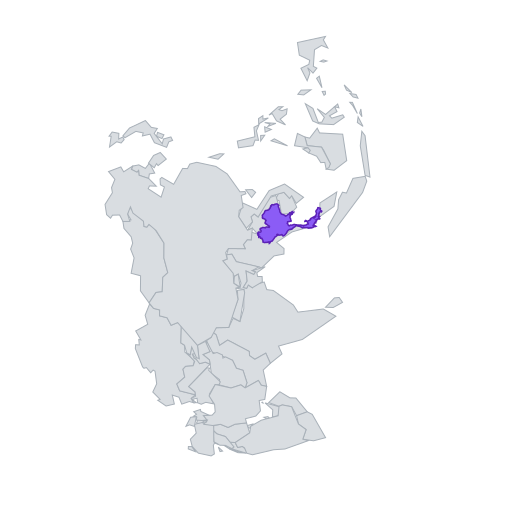 Asia, with Thailand highlighted, rotated 254°
{"feature_id": "THA", "entity_name": "Thailand", "entity_type": "country or territory", "adm_level": 0, "iso_a3": "THA", "parent_name": "Asia", "parent_adm1": "", "projection": "orthographic", "projection_center": [100.709, 13.031], "detail": "fine", "context": "in_parent", "style": "filled", "palette": "violet", "viewbox_px": 512, "rotation_deg": 254, "n_neighbors": 45, "source": "natural_earth", "source_scale": "50m", "svg_char_len": 18483}
<svg xmlns="http://www.w3.org/2000/svg" viewBox="0 0 512 512"><g transform="rotate(254 256 256)"><path d="M239.2,140.5L233.9,143.1L230.7,148.5L225.1,146.8L221.1,153.5L212.8,155.3L213.6,162.3L210.8,165.4L193.2,159.8L189.9,162.7L183.3,161.1L172.6,168.1L167.8,165.3L169.3,157.9L167.3,154.6L159.2,154.1L154.8,144.6L147.4,145.5L139.3,159.4L137.0,154.5L132.1,155.7L134.5,151.8L134.1,143.8L141.5,143.0L145.4,137.2L136.2,136.7L136.6,128.2L144.4,121.8L144.6,124.3L153.7,119.3L160.5,125.3L173.1,127.2L174.7,125.7L172.8,122.6L178.9,119.9L179.0,117.3L180.7,116.4L200.3,114.5L203.9,115.8L202.7,119.3L208.1,120.3L207.0,122.2L217.1,119.7L220.2,133.1L229.6,133.1L239.2,140.5Z" fill="#d9dde1" stroke="#a8b0b8" stroke-width="1"/><path d="M139.3,159.4L147.4,145.5L154.8,144.6L159.2,154.1L167.3,154.6L169.3,157.9L167.8,165.3L171.5,168.0L182.0,162.7L179.2,165.5L186.3,169.1L181.3,171.5L177.8,170.7L179.1,167.8L174.8,168.2L170.5,172.6L168.1,172.1L167.9,178.1L164.7,182.0L149.0,155.3L142.1,160.0L139.3,159.4Z" fill="#d9dde1" stroke="#a8b0b8" stroke-width="1"/><path d="M449.8,354.7L447.9,383.3L445.2,380.3L436.1,382.4L440.3,377.0L438.2,369.1L422.5,363.4L419.8,366.3L416.1,361.2L422.8,357.5L417.1,358.3L410.4,353.5L424.1,350.9L425.6,359.6L429.4,361.6L437.1,353.0L449.8,354.7ZM386.3,391.1L383.7,396.7L379.6,397.5L382.1,393.2L386.3,391.1ZM423.9,377.9L423.7,374.6L425.4,371.4L426.0,374.6L423.9,377.9ZM356.9,335.8L354.5,340.1L362.0,350.1L356.8,351.0L349.2,372.9L322.7,369.5L316.9,354.7L320.2,347.4L324.1,352.9L338.9,350.2L342.6,349.0L348.0,335.6L356.9,335.8ZM399.6,365.8L410.1,363.2L411.4,366.4L399.6,365.8ZM395.3,368.0L392.5,367.5L391.7,365.7L395.9,365.0L395.3,368.0ZM399.9,340.8L403.0,345.1L400.6,354.6L397.7,346.3L399.9,340.8ZM370.2,347.7L388.8,345.4L382.2,351.4L367.2,352.7L366.5,356.2L370.4,359.9L380.7,355.4L372.9,361.9L379.6,376.4L375.6,376.5L377.8,372.7L372.5,373.7L370.5,365.3L367.6,366.9L367.8,378.3L365.1,379.1L360.9,366.8L365.6,353.2L370.2,347.7ZM368.4,397.3L360.7,396.2L364.8,395.0L368.4,397.3ZM365.0,392.7L374.0,390.4L377.9,388.5L377.1,391.0L365.0,392.7ZM356.4,390.2L361.6,392.5L351.1,394.6L356.4,390.2ZM303.5,383.1L333.2,386.6L346.7,392.1L341.6,394.0L300.4,387.3L303.5,383.1ZM291.6,360.3L303.9,370.6L302.5,382.9L297.4,383.1L287.7,376.0L254.2,332.1L264.2,333.3L278.7,347.7L287.3,350.9L293.5,356.7L291.6,360.3Z" fill="#d9dde1" stroke="#a8b0b8" stroke-width="1"/><path d="M386.7,393.2L390.5,388.7L396.2,387.9L386.7,393.2Z" fill="#d9dde1" stroke="#a8b0b8" stroke-width="1"/><path d="M79.0,177.5L74.4,182.5L69.3,192.1L71.9,184.5L77.4,177.7L79.0,177.5Z" fill="#d9dde1" stroke="#a8b0b8" stroke-width="1"/><path d="M82.4,174.4L77.4,177.7L83.1,172.7L82.4,174.4Z" fill="#d9dde1" stroke="#a8b0b8" stroke-width="1"/><path d="M76.5,180.8L73.2,184.5L76.2,180.0L76.5,180.8Z" fill="#d9dde1" stroke="#a8b0b8" stroke-width="1"/><path d="M76.5,180.8L84.3,179.4L82.4,184.6L77.0,185.6L76.7,190.4L70.6,194.3L69.3,192.1L76.5,180.8Z" fill="#d9dde1" stroke="#a8b0b8" stroke-width="1"/><path d="M96.8,227.4L103.5,229.7L112.3,224.2L104.3,237.5L96.3,233.2L96.8,227.4Z" fill="#d9dde1" stroke="#a8b0b8" stroke-width="1"/><path d="M95.5,224.7L96.4,221.4L98.8,219.1L98.3,223.2L95.5,224.7Z" fill="#d9dde1" stroke="#a8b0b8" stroke-width="1"/><path d="M95.4,199.4L95.4,206.6L91.9,202.9L95.4,199.4Z" fill="#d9dde1" stroke="#a8b0b8" stroke-width="1"/><path d="M82.4,184.6L84.3,179.4L90.8,176.9L95.8,169.4L101.1,166.4L104.6,168.6L104.0,175.5L98.9,181.9L100.1,189.4L98.2,200.9L87.7,201.2L82.4,184.6Z" fill="#d9dde1" stroke="#a8b0b8" stroke-width="1"/><path d="M105.2,236.7L111.6,227.8L118.9,241.5L110.3,249.5L108.5,255.2L92.1,262.3L91.3,251.0L101.3,248.7L105.6,240.2L105.2,236.7ZM113.8,221.8L112.2,222.6L113.6,221.3L113.8,221.8Z" fill="#d9dde1" stroke="#a8b0b8" stroke-width="1"/><path d="M287.5,301.5L289.2,292.1L302.9,293.4L304.8,290.2L309.9,294.9L309.5,300.4L302.1,304.1L304.1,306.9L291.7,308.6L287.5,301.5Z" fill="#d9dde1" stroke="#a8b0b8" stroke-width="1"/><path d="M308.8,291.8L299.2,291.7L300.7,285.7L293.3,273.5L280.6,277.0L281.5,268.0L276.5,263.6L283.8,260.2L283.1,255.0L289.8,262.0L295.1,262.0L296.9,265.9L292.9,268.8L308.3,284.0L308.8,291.8Z" fill="#d9dde1" stroke="#a8b0b8" stroke-width="1"/><path d="M276.5,263.6L268.4,266.8L264.5,272.6L271.1,283.1L267.8,287.9L274.0,302.9L269.3,311.9L269.2,297.2L263.4,279.5L255.4,285.0L250.2,283.4L251.1,273.4L243.1,258.2L256.0,235.5L264.4,233.3L265.3,228.1L270.8,231.5L266.0,247.7L270.4,247.0L274.1,252.1L272.8,255.9L280.9,257.1L276.5,263.6Z" fill="#d9dde1" stroke="#a8b0b8" stroke-width="1"/><path d="M295.5,309.2L304.1,306.9L302.1,304.1L309.5,300.4L309.5,287.2L292.9,268.8L296.9,265.9L295.1,262.0L289.8,262.0L285.3,254.3L298.6,250.1L310.5,258.0L300.6,269.7L315.3,286.7L317.3,303.3L299.3,317.9L295.5,309.2Z" fill="#d9dde1" stroke="#a8b0b8" stroke-width="1"/><path d="M376.4,162.1L375.9,168.5L370.7,173.8L374.7,179.2L363.6,181.5L364.3,176.1L360.1,174.2L361.9,171.4L365.9,165.8L370.5,166.7L369.3,164.7L373.6,160.1L376.4,162.1Z" fill="#d9dde1" stroke="#a8b0b8" stroke-width="1"/><path d="M368.9,182.5L374.9,178.2L380.9,185.3L381.9,192.5L373.9,196.5L369.9,186.8L372.2,185.8L368.9,182.5Z" fill="#d9dde1" stroke="#a8b0b8" stroke-width="1"/><path d="M240.4,140.3L254.4,135.3L268.8,139.6L273.8,131.2L287.8,138.3L297.2,137.4L302.3,141.0L308.9,141.3L318.9,136.7L325.9,137.6L325.2,145.8L331.7,144.1L337.9,147.5L320.5,157.4L315.2,156.5L313.9,159.1L315.9,161.8L311.7,165.5L293.7,171.1L279.5,166.9L264.3,166.6L261.2,160.5L247.5,156.0L248.5,149.8L240.4,140.3Z" fill="#d9dde1" stroke="#a8b0b8" stroke-width="1"/><path d="M265.3,228.1L264.4,233.3L256.0,235.5L244.8,255.7L243.0,248.4L241.0,251.3L238.8,248.8L244.3,242.3L234.3,240.6L229.3,235.1L227.5,238.1L230.3,240.6L226.5,243.7L228.9,245.1L228.7,256.7L220.7,257.1L218.1,263.1L198.6,278.4L190.5,280.8L186.5,306.1L176.1,316.2L163.0,277.6L163.2,252.8L154.7,254.0L148.9,240.2L159.9,238.6L157.0,226.4L162.0,222.3L166.1,223.2L183.0,205.6L180.1,196.3L191.2,196.0L195.4,192.8L198.0,198.1L194.8,210.1L202.4,216.7L197.5,222.5L208.8,229.8L227.2,235.1L230.7,227.8L230.6,232.2L234.1,234.1L243.5,233.9L242.4,229.7L260.6,222.7L261.0,227.4L265.3,228.1Z" fill="#d9dde1" stroke="#a8b0b8" stroke-width="1"/><path d="M243.0,248.4L243.2,261.9L239.7,252.2L235.9,251.9L234.6,256.2L229.5,255.0L226.5,243.7L230.3,240.6L227.5,238.1L229.3,235.1L234.3,240.6L244.3,242.3L238.8,248.8L241.0,251.3L243.0,248.4Z" fill="#d9dde1" stroke="#a8b0b8" stroke-width="1"/><path d="M242.4,229.7L243.5,233.9L230.6,232.2L235.9,227.1L242.4,229.7Z" fill="#d9dde1" stroke="#a8b0b8" stroke-width="1"/><path d="M228.1,228.6L227.2,235.1L223.9,235.0L197.5,222.5L204.2,215.8L219.2,226.7L228.1,228.6Z" fill="#d9dde1" stroke="#a8b0b8" stroke-width="1"/><path d="M195.4,192.8L191.2,196.0L180.1,196.3L183.0,205.6L166.1,223.2L162.0,222.3L157.0,226.4L159.9,238.6L148.9,240.2L144.4,231.5L127.7,230.3L130.4,225.4L135.7,224.0L132.2,209.2L136.7,212.4L149.7,212.0L153.5,206.2L162.2,204.7L176.5,186.4L188.2,185.0L190.2,190.6L195.4,192.8Z" fill="#d9dde1" stroke="#a8b0b8" stroke-width="1"/><path d="M155.3,180.7L168.9,182.6L175.9,177.8L176.8,185.4L182.4,182.8L188.2,185.0L174.0,187.9L174.0,191.9L170.1,196.5L167.0,196.0L167.4,199.0L162.2,204.7L153.5,206.2L149.7,212.0L136.7,212.4L132.2,209.2L136.3,205.9L136.0,195.6L142.4,184.9L147.2,186.9L155.3,180.7Z" fill="#d9dde1" stroke="#a8b0b8" stroke-width="1"/><path d="M164.7,182.0L167.9,178.1L168.1,172.1L179.1,167.8L179.1,170.8L173.3,173.0L186.3,175.1L187.9,183.8L176.8,185.4L175.9,177.8L168.9,182.6L164.7,182.0Z" fill="#d9dde1" stroke="#a8b0b8" stroke-width="1"/><path d="M182.0,162.7L189.9,162.7L193.2,159.8L210.8,165.4L186.3,175.1L173.3,173.0L174.5,170.8L186.3,169.1L179.2,165.5L182.0,162.7Z" fill="#d9dde1" stroke="#a8b0b8" stroke-width="1"/><path d="M132.1,155.7L137.0,154.5L137.9,159.3L142.1,160.0L149.0,155.3L162.1,178.1L161.0,180.5L159.2,179.0L144.8,187.0L142.4,184.9L143.7,181.4L136.1,173.1L125.6,174.4L129.2,167.4L128.6,162.5L131.0,159.4L135.5,160.1L135.7,155.1L131.4,158.3L132.1,155.7Z" fill="#d9dde1" stroke="#a8b0b8" stroke-width="1"/><path d="M98.2,200.9L100.1,189.4L98.9,181.9L104.0,175.5L105.3,165.1L108.6,159.4L111.1,163.4L117.1,161.4L115.1,170.0L117.4,173.8L124.9,175.3L134.4,172.3L143.7,181.4L136.0,195.6L136.3,205.9L132.2,209.2L135.7,224.0L130.4,225.4L127.7,230.3L115.7,224.9L116.2,219.2L105.9,217.6L102.2,211.7L102.5,201.0L98.2,200.9Z" fill="#d9dde1" stroke="#a8b0b8" stroke-width="1"/><path d="M77.5,179.7L82.4,174.4L84.1,169.1L88.9,164.2L99.9,166.7L95.8,169.4L90.8,176.9L78.5,182.2L77.5,179.7Z" fill="#d9dde1" stroke="#a8b0b8" stroke-width="1"/><path d="M111.9,163.6L109.8,156.0L111.8,152.8L114.9,155.1L111.9,163.6Z" fill="#d9dde1" stroke="#a8b0b8" stroke-width="1"/><path d="M104.6,168.6L88.9,164.2L85.5,167.7L87.6,164.5L85.7,162.8L77.2,161.4L76.2,157.8L82.4,146.2L90.6,142.2L98.0,142.4L102.2,149.7L111.2,150.3L110.7,158.8L108.6,159.4L104.6,168.6ZM89.2,137.7L91.5,138.5L90.5,141.7L84.5,143.9L89.2,137.7Z" fill="#d9dde1" stroke="#a8b0b8" stroke-width="1"/><path d="M194.1,319.8L193.2,324.5L187.6,326.4L185.2,316.0L187.6,308.7L194.1,319.8Z" fill="#d9dde1" stroke="#a8b0b8" stroke-width="1"/><path d="M317.3,273.2L313.4,267.9L322.5,264.3L320.9,270.8L317.3,273.2ZM186.3,175.1L213.6,162.3L212.8,155.3L221.1,153.5L225.1,146.8L230.7,148.5L233.9,143.1L240.4,140.3L248.5,149.8L247.5,156.0L261.2,160.5L264.3,166.6L279.5,166.9L293.7,171.1L308.0,167.0L315.9,161.8L313.9,159.1L315.2,156.5L320.5,157.4L331.2,149.5L337.9,148.9L331.7,144.1L324.0,144.3L325.9,137.6L333.0,136.2L334.8,129.3L332.4,126.6L336.9,123.8L347.2,125.1L356.4,135.4L361.6,136.0L368.6,141.5L377.8,137.5L378.9,150.6L373.4,152.0L376.4,162.1L373.6,160.1L369.3,164.7L370.5,166.7L365.9,165.8L360.1,174.2L350.6,179.4L352.7,172.9L350.4,170.9L338.7,181.0L347.6,187.0L350.8,183.7L356.5,185.0L357.5,187.1L347.6,196.6L360.4,209.6L358.9,214.2L362.6,217.7L362.4,224.9L353.1,242.2L342.9,250.9L322.1,258.3L321.0,263.2L318.6,263.5L318.2,258.5L306.1,256.9L304.6,252.5L298.6,250.1L283.1,255.0L283.8,260.2L272.8,255.9L274.1,252.1L270.4,247.0L266.0,247.7L270.8,231.5L267.7,227.8L261.0,227.4L260.6,222.7L245.7,229.3L235.9,227.1L230.6,231.3L230.7,227.8L219.2,226.7L194.8,210.1L198.0,198.1L190.2,190.6L186.3,175.1Z" fill="#d9dde1" stroke="#a8b0b8" stroke-width="1"/><path d="M363.9,238.0L364.3,249.3L363.0,253.2L359.5,246.2L363.9,238.0Z" fill="#d9dde1" stroke="#a8b0b8" stroke-width="1"/><path d="M119.2,151.7L120.3,155.2L123.5,153.2L123.8,160.3L121.8,160.1L116.0,166.9L117.1,161.4L111.9,163.6L112.8,158.6L114.8,153.1L117.4,154.7L119.2,151.7ZM111.1,163.4L110.0,162.5L110.7,158.8L112.0,160.3L111.1,163.4Z" fill="#d9dde1" stroke="#a8b0b8" stroke-width="1"/><path d="M111.6,141.7L119.0,148.7L118.0,154.4L109.2,149.8L112.0,145.6L111.6,141.7Z" fill="#d9dde1" stroke="#a8b0b8" stroke-width="1"/><path d="M369.7,297.7L365.3,292.2L370.6,293.7L369.7,297.7ZM378.0,311.7L377.3,303.2L379.1,305.8L381.9,301.1L378.0,311.7ZM387.9,307.3L393.3,318.6L392.1,322.9L390.4,318.4L388.5,321.0L388.9,326.5L383.9,324.3L380.9,316.9L373.9,320.5L380.2,313.0L388.4,310.8L387.9,307.3ZM363.6,305.9L353.2,316.7L362.6,302.2L363.6,305.9ZM371.6,269.7L370.9,287.8L380.3,289.5L381.4,295.1L376.2,290.9L366.5,290.3L367.7,287.1L362.9,283.5L364.8,269.0L371.6,269.7ZM373.4,305.6L372.5,298.9L377.8,299.9L373.4,305.6ZM387.4,296.3L389.0,301.3L385.7,300.4L385.3,305.9L382.2,295.0L387.4,296.3Z" fill="#d9dde1" stroke="#a8b0b8" stroke-width="1"/><path d="M276.2,327.8L289.4,332.1L295.3,351.3L282.2,344.7L276.2,327.8ZM356.9,335.8L348.0,335.6L342.6,349.0L324.1,352.9L320.9,350.4L320.2,347.4L327.0,347.9L327.9,344.0L335.2,341.8L340.5,335.1L345.7,335.7L351.4,323.4L362.4,329.6L356.9,335.8Z" fill="#d9dde1" stroke="#a8b0b8" stroke-width="1"/><path d="M346.0,330.5L345.7,335.7L342.6,337.3L340.5,335.1L346.0,330.5Z" fill="#d9dde1" stroke="#a8b0b8" stroke-width="1"/><path d="M413.9,169.7L416.7,187.0L408.5,190.8L405.8,196.3L401.9,191.9L389.7,196.8L394.0,199.4L393.9,207.0L390.1,207.7L389.8,203.7L385.1,200.0L392.9,189.6L402.3,187.7L402.7,179.9L405.4,181.5L408.9,174.9L405.8,162.6L408.3,161.3L413.9,169.7ZM411.0,149.8L411.7,147.8L414.8,151.9L411.7,158.0L406.3,156.2L407.1,160.7L404.2,161.3L401.8,157.5L404.2,153.6L401.1,145.2L411.0,149.8ZM394.8,198.0L398.5,193.4L402.0,195.4L397.9,200.9L394.8,198.0Z" fill="#d9dde1" stroke="#a8b0b8" stroke-width="1"/><path d="M91.3,251.0L92.1,262.3L88.3,266.4L62.2,272.8L62.5,260.4L67.0,250.5L75.3,256.3L82.8,250.5L91.3,251.0Z" fill="#d9dde1" stroke="#a8b0b8" stroke-width="1"/><path d="M69.0,192.7L74.7,192.1L76.7,190.4L77.0,185.6L82.4,184.6L87.7,201.2L93.8,204.0L96.7,215.8L96.3,233.2L105.2,236.7L105.6,240.2L101.3,248.7L82.8,250.5L75.3,256.3L67.0,250.5L64.1,255.5L62.5,230.6L64.9,219.6L65.9,197.8L69.0,192.7Z" fill="#d9dde1" stroke="#a8b0b8" stroke-width="1"/><path d="M82.7,167.1L77.7,170.1L77.9,167.5L82.7,167.1Z" fill="#d9dde1" stroke="#a8b0b8" stroke-width="1"/><path d="M276.5,264.1L276.5,264.4L276.9,264.0L277.1,263.8L277.4,263.8L277.6,264.0L277.9,264.4L278.1,264.7L278.3,264.9L278.3,265.1L278.2,265.6L277.7,266.7L277.8,267.2L278.2,267.6L278.7,267.8L279.2,267.8L279.5,267.6L279.9,267.4L280.2,267.3L281.0,267.5L281.3,267.9L281.2,268.6L281.3,269.2L281.5,269.7L281.6,270.2L281.0,271.9L280.6,272.5L280.5,272.9L280.9,273.4L281.0,273.7L281.0,274.1L280.8,274.6L279.9,276.6L280.1,276.8L280.8,277.1L281.1,277.0L282.1,276.0L282.8,275.5L283.3,275.2L283.6,274.9L283.7,274.6L283.9,274.4L284.2,274.5L284.5,274.3L284.9,273.9L285.2,273.7L285.4,273.8L285.7,274.0L286.3,274.5L286.7,274.8L287.1,274.9L287.3,275.0L287.3,275.3L287.4,275.5L287.6,275.5L287.7,275.4L287.9,275.2L288.3,274.9L288.7,274.8L289.1,274.7L289.3,274.5L289.5,274.0L289.7,273.7L290.0,273.5L290.2,273.4L290.3,273.3L290.2,273.1L290.3,272.8L290.7,272.7L291.2,272.7L291.8,272.9L292.5,273.2L293.0,273.3L293.2,273.2L293.7,273.6L294.3,274.7L294.9,275.5L295.4,276.0L295.9,276.4L296.4,276.7L296.8,277.1L297.1,277.8L296.9,278.8L296.8,279.7L296.9,280.8L297.2,281.6L297.8,282.2L298.2,282.7L298.3,283.0L298.7,283.3L299.5,283.6L299.9,283.8L299.7,284.0L299.8,284.5L300.1,284.7L300.6,284.9L300.8,285.1L300.9,285.3L300.9,285.6L300.8,286.1L300.7,286.4L300.4,286.7L300.3,287.2L300.3,287.7L300.5,288.1L300.6,288.6L300.5,289.1L300.4,290.2L300.3,290.5L300.1,290.8L299.7,291.0L299.0,291.4L298.6,291.9L298.4,291.9L298.2,291.8L298.1,291.7L298.1,291.3L297.7,291.1L297.2,291.0L295.6,291.3L294.8,291.2L293.7,291.4L292.6,291.3L292.0,291.1L291.7,291.2L291.2,291.3L290.2,291.6L289.4,291.9L288.9,292.5L288.7,292.9L288.1,293.8L287.6,294.4L287.3,294.7L287.4,294.8L287.3,295.0L286.3,295.2L286.3,296.4L286.5,296.8L286.9,297.7L287.1,298.5L287.1,299.3L287.7,299.7L288.3,300.4L288.1,301.2L288.2,301.9L289.1,303.7L288.9,303.4L288.5,302.8L288.3,302.3L287.8,301.7L287.5,301.4L287.3,301.8L286.4,301.2L286.0,300.5L285.9,300.8L285.5,300.3L285.0,299.9L284.4,299.6L284.1,299.4L283.6,299.2L282.4,299.5L280.8,299.3L280.2,299.5L279.9,299.4L279.7,299.1L279.9,298.6L279.9,297.6L280.1,296.9L280.0,296.4L280.2,295.8L279.9,295.6L278.8,295.4L278.6,295.1L278.3,295.4L276.9,295.5L276.4,295.7L275.9,296.1L275.8,296.6L276.1,297.0L276.3,297.5L275.8,298.8L275.7,299.2L275.9,300.7L275.8,301.6L275.5,302.1L275.1,302.7L274.9,303.5L274.6,303.9L274.2,304.8L273.9,306.0L273.6,306.5L273.5,307.5L272.6,309.0L272.4,309.8L272.0,310.1L272.2,310.3L272.2,310.8L272.0,312.8L272.2,313.3L272.6,314.3L272.5,314.6L272.4,315.0L272.8,315.1L273.1,315.2L274.6,314.7L275.1,314.9L275.4,315.7L275.6,317.7L275.8,318.1L276.4,318.8L276.5,318.8L276.6,318.5L276.9,318.8L277.1,319.6L277.9,323.4L278.3,324.3L277.8,324.1L277.7,323.3L277.5,322.9L277.4,322.8L277.1,322.9L277.1,322.7L277.3,322.4L277.3,322.1L277.0,321.8L276.5,322.0L276.5,322.6L276.7,323.1L277.5,324.1L277.7,324.5L278.0,324.6L278.5,324.6L279.4,325.4L280.5,326.0L281.1,326.0L281.8,325.8L282.2,325.8L282.7,326.0L283.2,326.5L284.0,327.8L285.4,328.8L285.3,329.1L285.2,329.5L284.7,330.1L284.6,330.4L284.4,330.8L284.0,331.0L283.7,331.0L283.4,330.9L283.1,330.5L282.9,330.4L281.6,330.9L281.3,331.5L281.1,331.6L280.9,331.6L280.3,331.0L280.4,330.7L280.7,330.2L280.8,329.8L280.7,329.2L280.6,328.9L280.3,328.8L279.8,328.8L279.5,328.5L279.4,328.0L279.3,327.9L279.1,327.8L278.7,327.9L277.4,327.4L277.0,326.8L276.8,326.8L276.6,326.9L276.5,327.0L276.4,327.7L276.3,327.9L275.2,326.5L274.4,325.9L274.5,324.9L274.3,324.7L274.0,324.7L273.8,324.4L274.0,323.7L273.7,323.9L273.2,323.8L272.9,323.7L272.6,322.8L272.4,322.5L272.1,322.1L271.6,322.1L271.4,321.8L271.5,321.3L271.1,320.9L270.7,320.7L270.3,320.5L269.9,319.6L269.3,319.2L269.0,319.3L268.9,319.6L268.6,319.9L268.3,319.9L268.1,319.7L267.8,318.8L267.7,318.2L267.8,317.2L268.2,316.3L268.4,314.8L268.7,313.9L269.0,313.6L269.3,312.3L269.9,310.7L270.1,309.9L270.2,309.6L270.3,309.0L270.2,308.5L270.3,308.3L271.4,307.3L272.2,306.5L273.5,304.1L273.9,303.8L274.1,303.5L274.1,303.4L273.7,301.9L273.4,301.5L273.1,300.2L273.2,299.8L273.0,299.6L272.7,299.3L272.4,298.9L272.1,298.3L272.2,297.9L271.9,297.6L271.9,297.3L272.2,296.7L272.2,295.4L272.0,294.4L271.5,293.4L271.1,292.9L269.5,291.4L268.1,289.3L267.9,288.6L267.8,287.8L267.8,287.5L268.0,287.4L268.3,287.2L268.5,287.2L269.0,286.8L269.4,286.9L269.5,286.8L269.5,286.6L269.5,285.9L269.5,285.0L269.7,283.7L270.7,283.1L270.9,282.8L271.0,282.5L271.0,282.3L270.9,282.1L270.1,282.5L270.0,282.4L269.7,281.5L269.2,280.5L269.2,279.8L269.0,279.4L268.2,278.6L266.2,276.1L265.9,275.6L265.8,275.4L266.0,274.9L265.9,274.5L265.7,273.8L265.5,273.5L265.6,273.3L265.4,273.3L265.1,273.3L264.8,273.0L264.5,272.3L265.0,272.4L265.4,272.2L266.0,272.0L266.1,271.9L266.0,270.4L266.0,270.1L266.4,269.5L266.4,268.8L266.5,268.0L266.9,267.3L267.2,267.1L267.4,266.6L267.5,266.5L267.8,266.6L268.3,266.9L268.9,266.9L269.4,266.9L270.6,266.6L271.3,266.6L271.5,266.4L271.6,266.2L271.7,265.3L271.8,265.2L272.0,265.1L272.5,265.0L272.9,265.2L273.1,265.2L273.6,265.0L273.8,264.9L273.8,264.7L273.8,264.3L273.6,263.9L274.4,264.1L274.8,264.1L275.0,264.0L275.5,263.6L275.8,263.6L276.5,264.1ZM268.5,321.2L268.5,321.5L268.3,321.5L268.1,321.7L268.0,321.8L267.9,321.1L268.1,320.1L268.3,320.2L268.7,320.4L268.5,320.9L268.5,321.2ZM276.1,313.5L276.2,313.8L276.1,314.1L275.7,314.3L275.5,314.0L275.6,313.6L276.0,313.5L276.1,313.5ZM286.8,302.4L286.8,302.5L286.6,302.4L286.5,302.5L286.2,302.4L286.1,301.8L286.1,301.7L286.3,301.7L286.6,302.0L286.8,302.4ZM274.3,327.6L274.2,327.6L274.0,327.2L274.2,326.7L274.4,327.3L274.3,327.6ZM269.4,321.1L269.1,320.3L269.4,320.5L269.4,321.1ZM276.2,313.0L275.9,312.9L275.8,312.5L276.0,312.5L276.2,313.0ZM271.6,322.6L271.7,323.2L271.4,322.8L271.4,322.4L271.6,322.6ZM287.6,303.8L287.6,304.3L287.3,304.1L287.4,303.9L287.5,303.8L287.6,303.8ZM268.1,315.9L267.9,316.0L268.0,315.5L268.1,315.8L268.1,315.9Z" fill="#8b5cf6" stroke="#5b21b6" stroke-width="1.5"/></g></svg>